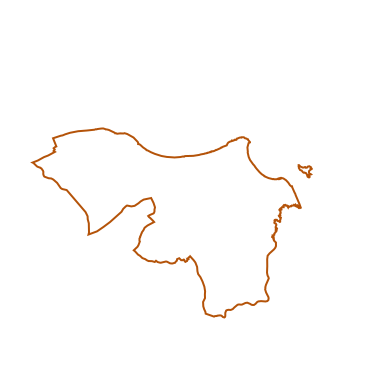 Mempawah, Kalimantan Barat, Indonesia, rotated 139°
{"feature_id": "22746128B13218426778114", "entity_name": "Mempawah", "entity_type": "district", "adm_level": 2, "iso_a3": "IDN", "parent_name": "Indonesia", "parent_adm1": "Kalimantan Barat", "projection": "albers", "projection_center": [109.004, 0.347], "detail": "fine", "context": "isolated", "style": "outline", "palette": "amber", "viewbox_px": 384, "rotation_deg": 139, "n_neighbors": 0, "source": "geoboundaries", "source_scale": "gbopen_adm2", "svg_char_len": 6033}
<svg xmlns="http://www.w3.org/2000/svg" viewBox="0 0 384 384"><g transform="rotate(139 192 192)"><path d="M120.2,108.8L119.0,111.9L119.3,112.0L118.7,112.8L115.8,121.7L115.1,123.3L115.1,123.9L113.3,129.7L112.8,130.6L113.3,130.9L113.6,132.9L113.2,135.9L113.3,139.2L114.1,142.2L115.5,144.3L116.3,144.7L116.1,144.2L115.7,144.0L115.8,143.7L116.3,143.8L118.0,144.6L118.8,145.5L118.5,145.4L118.5,145.6L119.9,146.2L121.6,147.7L121.9,148.3L122.5,148.6L125.1,152.3L127.0,156.3L126.8,156.5L127.7,159.7L128.0,162.7L128.0,167.7L127.8,169.5L127.9,169.8L127.6,170.8L127.7,172.8L127.2,178.1L126.2,181.3L125.5,182.6L124.1,185.2L123.5,185.7L120.9,189.3L117.2,191.8L115.7,191.4L115.5,191.6L115.5,194.3L115.2,195.0L115.5,195.3L115.8,196.5L116.8,197.9L116.8,198.8L117.2,199.5L118.7,200.8L119.1,200.7L119.8,201.5L120.9,202.0L122.3,202.4L122.9,202.8L124.1,202.3L124.7,202.5L125.1,203.3L125.7,203.5L126.0,203.3L127.5,203.8L128.5,204.3L128.4,204.6L129.0,204.5L130.3,205.1L132.0,205.5L133.3,205.3L135.2,204.4L139.1,205.9L140.6,206.1L140.7,206.4L142.1,206.5L146.1,207.7L146.3,208.0L148.0,208.3L149.4,208.9L150.1,209.6L150.4,209.5L150.9,209.9L151.5,209.8L151.6,210.1L152.0,210.1L152.2,210.4L153.2,210.6L154.5,211.4L154.8,211.3L155.2,211.7L156.0,211.9L157.0,212.6L157.7,212.8L160.7,214.6L162.3,215.3L167.4,218.5L173.7,223.7L174.9,223.9L175.3,224.6L177.8,226.0L182.5,229.5L188.0,235.0L191.4,239.2L195.0,245.1L196.9,249.0L198.3,252.7L198.9,253.4L198.8,254.3L199.7,257.8L200.1,261.5L200.4,262.6L201.2,263.5L200.4,264.4L200.1,265.4L200.4,271.5L202.8,278.2L203.6,279.5L204.4,280.7L205.2,281.0L206.7,282.4L207.2,282.7L207.5,283.2L210.3,285.1L210.8,286.2L211.5,286.7L211.4,287.1L211.6,287.8L214.1,293.5L215.4,295.3L216.1,295.9L216.2,296.4L217.3,298.2L219.1,299.6L222.3,301.7L222.8,301.8L223.6,302.6L224.6,302.9L230.9,307.3L238.1,312.6L245.2,316.7L249.8,318.7L252.5,319.6L254.2,320.6L261.6,323.7L264.5,315.4L265.4,315.7L267.7,315.8L267.8,314.1L269.5,313.8L269.1,312.2L276.6,313.9L280.7,315.4L287.7,316.9L293.0,318.8L292.6,317.8L292.2,313.0L291.7,311.8L290.5,309.8L290.6,309.4L290.2,308.6L290.5,305.8L290.9,304.8L292.5,303.1L293.2,301.5L293.3,300.4L291.2,296.5L289.3,294.5L288.5,292.4L287.8,287.4L288.5,281.1L288.0,279.4L285.3,275.7L285.5,246.7L286.7,242.2L288.6,239.8L290.4,236.1L296.3,229.0L298.0,227.8L289.5,224.6L281.7,223.7L273.6,223.1L258.2,223.3L255.0,224.4L251.5,224.6L249.9,224.4L247.2,220.9L244.4,219.2L239.7,218.6L237.0,218.6L233.5,218.0L226.8,214.3L228.2,209.0L230.0,204.7L231.9,203.3L233.0,202.0L234.3,201.2L235.2,201.1L239.2,202.4L240.8,202.6L240.9,201.2L240.6,199.9L240.3,195.9L240.3,194.2L247.6,195.9L251.2,196.1L253.8,195.0L256.4,194.4L257.0,193.9L257.5,193.8L259.6,192.6L260.3,192.5L260.9,191.8L262.1,191.4L263.7,189.6L263.8,188.9L267.3,187.0L269.1,186.4L274.2,186.2L273.9,184.4L273.8,180.1L273.1,178.0L272.8,174.7L271.3,171.9L270.9,170.2L270.1,168.4L267.6,166.1L266.0,163.6L264.3,163.7L263.9,161.7L262.7,159.9L262.0,159.1L257.2,156.6L256.5,155.6L255.4,152.7L254.5,151.6L253.5,150.8L251.1,149.7L250.0,150.1L248.5,150.1L247.3,151.1L245.1,150.4L244.9,147.6L243.7,146.6L242.7,146.5L242.4,146.2L242.4,145.8L243.0,144.3L242.7,143.5L241.9,143.5L241.0,143.2L240.2,143.9L239.4,143.7L239.3,144.2L239.0,143.8L238.5,143.7L238.1,144.7L237.1,144.8L236.3,144.5L235.6,144.7L235.5,139.4L235.7,136.6L237.3,132.1L239.9,128.6L241.2,126.0L241.5,122.2L242.8,117.5L244.8,112.4L247.3,108.4L249.5,106.2L251.8,103.4L255.8,101.7L258.5,98.3L259.7,95.6L260.5,92.8L261.5,91.2L257.1,83.5L256.1,83.3L254.6,82.1L254.1,82.1L251.9,80.6L251.1,79.7L250.8,78.8L250.7,77.4L249.9,76.1L249.3,76.0L248.3,76.5L246.1,79.0L244.0,80.1L243.1,79.9L241.8,79.2L240.2,77.6L238.1,76.9L235.8,77.1L231.6,77.0L230.3,76.3L228.9,74.8L228.0,74.2L224.5,73.2L222.9,72.2L221.5,69.4L221.1,67.9L220.2,66.8L219.3,66.1L217.5,65.9L215.0,66.2L213.7,65.9L211.4,64.3L208.4,61.2L206.8,60.3L205.4,60.3L204.0,61.4L203.3,62.5L202.0,67.6L200.7,70.5L199.5,71.4L199.2,72.0L197.1,73.4L190.8,76.4L190.2,77.5L189.9,78.9L189.5,79.9L188.3,81.9L183.9,86.6L179.3,92.0L176.7,94.3L173.7,94.8L167.8,94.9L165.7,95.3L164.1,96.1L161.8,98.8L162.0,101.7L161.1,102.7L161.3,103.2L160.7,103.6L161.0,104.0L160.8,104.8L161.1,105.4L160.8,105.7L160.3,105.8L159.7,105.3L159.5,106.3L158.3,105.7L157.9,105.7L157.2,106.6L155.2,106.8L154.6,107.5L154.0,107.1L153.1,107.7L153.5,108.6L153.2,109.0L152.7,109.1L152.3,108.5L151.8,108.7L151.8,109.3L152.2,109.6L152.3,110.2L151.6,110.9L149.9,111.8L149.5,113.1L150.0,114.0L150.1,114.7L149.6,115.2L148.4,115.5L148.4,116.4L148.0,116.6L147.3,116.4L146.2,115.3L146.4,114.1L145.6,112.9L145.4,111.8L145.0,111.7L144.6,112.1L144.5,112.8L143.5,113.1L141.8,114.3L142.4,115.0L142.1,116.1L142.2,116.7L142.1,117.0L141.7,116.9L141.2,116.3L140.8,116.3L140.5,116.5L140.4,117.6L138.8,118.0L138.8,118.4L137.3,120.0L137.4,120.4L137.9,120.7L137.8,121.2L137.4,121.3L137.2,121.1L136.6,121.5L136.3,121.5L136.3,120.3L135.9,120.1L135.6,120.5L135.4,121.3L134.0,121.5L132.8,120.4L132.3,121.0L132.1,121.7L131.1,121.8L130.7,121.0L130.4,121.2L130.0,121.1L129.8,120.6L129.8,119.8L129.5,119.4L129.2,119.3L129.6,117.2L128.5,117.7L128.4,117.1L128.0,116.8L126.8,116.7L126.4,116.1L125.5,116.3L125.0,115.7L124.2,115.2L123.6,115.4L123.4,114.7L122.2,114.7L122.3,114.1L123.0,113.9L123.0,113.7L122.1,113.5L121.9,112.9L121.3,112.9L121.3,112.6L121.3,112.4L121.7,112.2L122.7,112.6L122.4,111.9L121.5,111.8L121.9,111.3L121.9,109.9L121.3,109.7L120.9,110.1L120.8,110.7L120.5,110.7L120.1,110.3L120.1,110.0L120.8,109.6L120.9,109.0L120.2,108.8ZM94.3,128.4L94.7,127.9L94.7,127.5L94.4,127.0L94.4,126.6L93.9,126.1L93.5,126.1L93.2,126.4L93.6,127.8L93.5,128.1L93.0,128.5L92.3,127.9L90.6,127.2L90.7,127.9L91.3,128.3L91.3,129.2L90.9,130.1L89.9,131.0L88.0,131.1L86.5,130.8L86.3,131.0L86.3,131.4L87.1,131.9L87.0,132.2L86.3,132.4L86.0,132.8L86.6,134.5L88.0,135.2L88.8,134.9L89.5,135.1L90.2,135.7L90.1,136.4L90.3,136.7L91.4,137.0L92.3,137.7L93.5,140.0L93.6,142.0L93.9,142.3L94.8,141.3L94.7,141.0L95.6,140.0L96.0,137.6L95.2,136.3L95.3,134.1L95.0,133.2L94.2,132.8L94.1,132.1L93.6,131.6L93.8,129.6L94.2,129.0L94.3,128.4Z" fill="none" stroke="#b45309" stroke-width="2"/></g></svg>